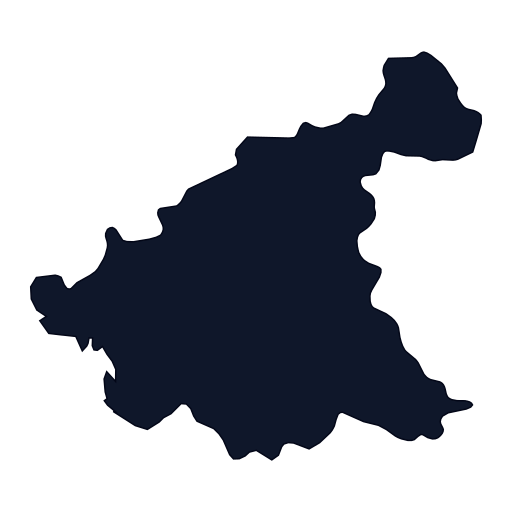 Rieti, Equal Earth projection
{"feature_id": "ITA-5424", "entity_name": "Rieti", "entity_type": "Province", "adm_level": 1, "iso_a3": "ITA", "parent_name": "Italy", "parent_adm1": "", "projection": "equal_earth", "projection_center": [13.027, 42.421], "detail": "fine", "context": "isolated", "style": "filled", "palette": "ink", "viewbox_px": 512, "rotation_deg": 0, "n_neighbors": 0, "source": "natural_earth", "source_scale": "10m", "svg_char_len": 3963}
<svg xmlns="http://www.w3.org/2000/svg" viewBox="0 0 512 512"><path d="M62.6,335.0L48.8,333.4L39.8,320.7L46.4,316.4L36.9,310.1L31.3,299.0L30.7,286.8L36.4,277.5L55.2,275.2L58.0,275.9L61.1,277.3L64.2,284.9L66.9,288.5L69.2,289.1L71.1,288.6L77.1,282.6L90.1,275.4L95.3,271.7L98.0,268.6L103.5,259.3L105.3,255.2L107.3,247.9L107.6,245.4L107.4,242.9L106.9,240.7L106.2,238.6L105.6,236.2L105.7,233.4L107.5,229.4L109.9,227.9L112.4,227.5L114.4,228.5L116.0,229.9L122.7,240.4L126.8,241.6L133.4,241.8L149.4,239.2L156.2,237.3L160.6,235.2L161.8,233.4L162.7,231.6L163.3,229.4L163.2,227.1L162.6,225.0L158.9,217.2L158.0,215.0L157.8,212.7L158.5,209.9L160.3,208.5L176.6,206.0L176.9,205.8L178.0,205.0L180.5,202.6L181.7,201.0L186.9,191.0L188.6,189.1L231.8,168.7L237.0,165.4L237.7,163.3L237.7,161.0L237.2,158.7L236.4,156.7L235.5,154.9L236.5,149.3L247.5,137.1L289.0,138.1L294.4,137.6L295.4,136.8L296.6,135.4L297.5,133.8L299.5,129.0L300.9,126.3L303.3,123.3L305.7,122.6L307.7,123.2L312.0,125.7L315.0,127.0L320.3,128.2L323.4,128.2L338.6,123.8L341.1,122.5L349.0,115.3L352.1,114.2L355.5,114.4L363.9,116.4L366.8,115.9L369.0,114.8L370.2,113.1L371.4,111.2L372.4,109.2L374.7,102.5L376.7,98.3L378.9,94.8L384.3,88.3L385.3,86.3L385.9,84.0L385.8,81.7L385.4,79.5L384.0,75.3L383.4,73.1L383.1,70.7L383.6,67.7L384.2,65.4L388.5,58.4L411.5,57.8L413.9,57.4L416.0,56.6L421.0,53.0L422.4,52.4L423.9,52.1L427.0,53.1L430.9,55.4L441.4,63.9L445.0,68.1L457.5,88.0L456.4,93.1L456.8,95.6L457.9,99.0L460.6,103.2L462.5,105.6L464.4,107.5L466.3,108.6L468.5,109.4L473.8,110.6L476.0,111.5L477.9,112.5L479.6,113.8L481.0,115.2L481.3,119.9L481.1,123.7L476.1,140.8L472.7,152.0L457.8,159.2L455.6,159.8L453.0,160.1L442.5,159.6L435.3,160.7L432.8,160.6L428.3,159.3L426.3,158.2L422.0,156.5L419.6,156.0L406.0,155.7L401.0,154.5L394.2,152.0L389.2,151.0L386.6,150.9L384.6,151.4L382.8,153.6L381.4,157.2L380.2,165.4L378.9,170.0L375.8,173.8L373.1,174.7L365.3,175.5L363.2,176.3L361.7,177.5L360.5,179.5L360.1,182.0L361.2,185.9L362.6,188.2L364.3,189.9L369.6,193.6L371.2,195.0L372.6,196.6L373.7,198.4L374.3,200.5L374.5,202.8L374.2,206.8L374.3,208.2L375.3,212.3L375.2,215.2L374.3,218.7L371.0,223.8L368.7,226.4L366.6,228.3L359.7,233.0L358.4,234.6L357.4,237.2L356.8,240.7L357.3,246.4L358.0,249.8L358.7,252.6L360.7,256.4L363.3,259.6L364.9,260.9L368.6,263.3L377.6,266.7L379.6,267.8L380.9,269.3L380.9,272.5L379.3,277.2L371.8,289.9L370.4,293.0L369.9,295.9L370.1,301.2L370.9,304.3L372.1,306.6L373.7,308.0L386.2,313.9L391.3,317.6L394.3,320.5L396.7,323.8L397.7,325.8L398.4,327.8L399.9,337.5L401.1,342.0L402.6,346.1L404.7,350.0L406.1,351.6L415.7,359.7L417.0,361.3L418.2,363.0L423.9,374.3L425.3,375.9L426.7,377.4L428.5,378.6L430.5,379.6L439.8,381.9L441.1,382.6L442.3,383.5L443.5,385.0L444.4,386.8L445.1,389.0L446.1,393.6L446.9,395.6L448.0,397.5L449.7,398.7L451.8,399.7L457.0,400.7L465.0,400.8L467.5,401.3L469.7,402.0L471.5,403.2L472.5,404.9L470.7,407.1L466.3,409.0L448.2,412.8L442.5,416.1L440.8,418.9L440.2,421.6L440.7,423.9L442.6,427.6L443.3,429.4L443.0,431.5L442.2,433.3L440.9,435.0L439.4,436.5L437.7,437.8L435.3,438.7L432.5,438.9L427.8,437.6L422.9,434.7L420.9,434.4L418.0,436.3L414.3,439.6L411.6,440.4L407.9,440.4L401.4,438.8L397.9,437.4L395.2,435.9L386.4,429.5L378.5,425.3L363.6,421.6L342.5,412.2L340.3,412.5L338.1,414.2L336.1,419.4L334.3,426.0L333.3,428.0L332.2,430.0L330.2,432.7L319.6,442.7L309.4,448.7L309.1,448.9L293.6,443.0L288.2,442.6L283.9,444.0L281.7,446.7L278.4,455.2L271.8,459.9L256.3,450.3L249.3,452.1L245.2,455.9L239.3,458.7L233.5,458.9L229.7,454.7L223.3,440.0L219.0,433.8L213.8,428.6L197.0,421.2L193.7,416.0L190.8,408.6L186.4,404.0L181.1,403.6L171.0,413.7L163.5,417.7L159.2,422.0L147.4,429.4L135.3,425.6L113.2,411.5L115.5,411.7L107.6,405.2L104.3,400.7L107.1,398.7L105.2,391.9L104.1,379.0L106.7,371.7L115.6,381.5L115.8,369.4L112.2,361.2L107.1,354.4L102.5,346.5L97.4,350.3L94.0,349.9L92.3,345.7L92.6,338.0L89.0,338.0L88.0,343.4L86.7,346.1L82.3,350.9L75.8,336.4L63.0,335.0L62.6,335.0Z" fill="#0f172a" stroke="#020617" stroke-width="1.5"/></svg>